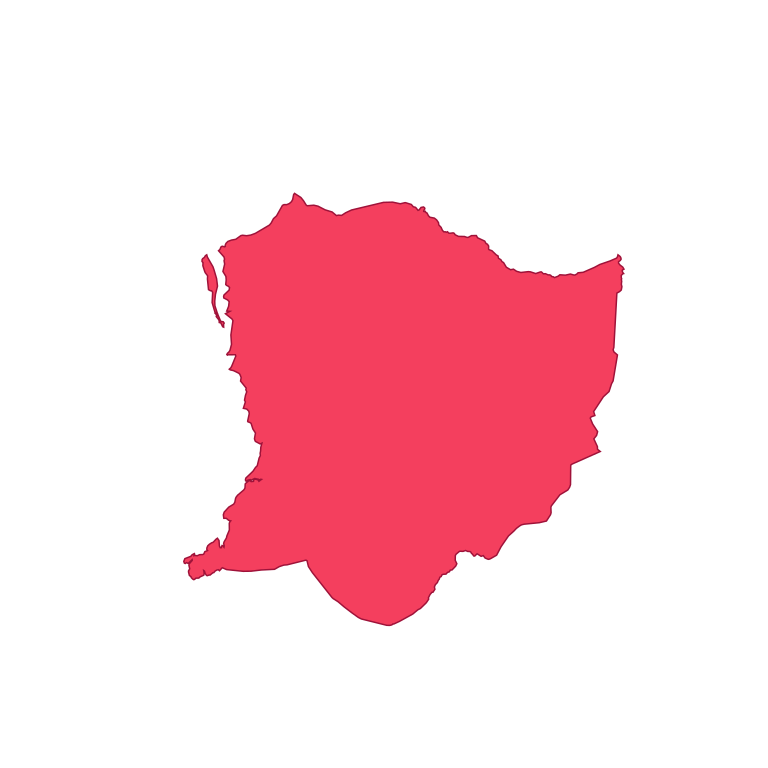 Krakor, Pouthisat, Cambodia, rotated 237°
{"feature_id": "14789045B13270514327943", "entity_name": "Krakor", "entity_type": "district", "adm_level": 2, "iso_a3": "KHM", "parent_name": "Cambodia", "parent_adm1": "Pouthisat", "projection": "orthographic", "projection_center": [104.201, 12.447], "detail": "fine", "context": "isolated", "style": "filled", "palette": "rose", "viewbox_px": 768, "rotation_deg": 237, "n_neighbors": 0, "source": "geoboundaries", "source_scale": "gbopen_adm2", "svg_char_len": 6172}
<svg xmlns="http://www.w3.org/2000/svg" viewBox="0 0 768 768"><g transform="rotate(237 384 384)"><path d="M585.9,317.8L577.7,319.0L575.6,318.3L574.5,317.0L571.4,315.7L566.1,310.2L560.3,310.0L557.2,308.3L553.7,305.5L552.6,305.6L550.7,306.7L549.0,307.0L547.1,305.2L545.8,298.3L544.7,297.1L543.4,296.5L539.7,298.6L537.4,299.0L533.8,296.0L530.8,291.8L528.9,294.3L529.3,289.3L521.3,291.9L519.4,291.8L508.5,282.3L500.3,277.7L496.1,273.1L495.3,271.3L495.0,269.4L494.3,268.2L493.5,268.4L493.5,269.0L489.5,275.3L488.1,274.9L481.9,266.0L481.0,264.3L480.7,262.3L479.6,262.7L477.4,264.9L475.5,266.1L472.1,268.1L470.6,268.4L467.2,267.7L464.6,265.3L455.6,266.2L454.4,265.0L452.2,264.6L450.0,261.7L446.4,258.2L444.5,258.0L440.2,252.8L437.8,255.2L434.8,255.8L432.6,254.9L427.1,249.4L426.4,249.3L424.8,250.5L423.4,251.1L417.6,249.5L412.9,249.5L408.6,245.5L406.4,244.9L405.7,245.0L401.2,247.5L400.9,249.4L398.0,246.2L395.0,244.0L393.4,242.4L391.3,241.3L389.9,238.9L384.5,233.2L384.0,230.8L382.2,226.6L380.4,217.0L379.5,215.9L378.2,215.2L377.6,215.6L377.5,217.6L376.7,219.8L375.7,220.3L375.2,224.1L372.5,226.8L371.6,227.0L371.2,228.8L370.7,229.3L370.5,226.1L372.1,226.2L373.9,224.7L374.6,223.5L374.7,222.7L373.4,221.5L374.5,219.4L376.2,218.8L376.4,217.6L376.1,214.5L375.8,213.2L372.8,211.0L372.1,210.1L371.5,208.6L370.5,200.8L369.8,198.7L369.0,197.3L366.1,194.5L365.1,192.5L365.3,186.8L363.6,180.2L361.8,178.0L358.6,176.5L357.2,178.6L354.2,179.5L352.7,180.9L352.4,179.7L351.5,178.4L345.8,174.8L342.1,169.4L340.7,168.0L338.8,164.1L337.7,162.7L335.2,161.8L334.3,160.9L336.0,160.8L336.8,160.3L336.0,159.0L335.3,158.5L335.9,157.5L337.7,157.7L342.6,160.4L345.4,160.3L345.3,158.5L344.3,154.6L344.7,152.8L344.7,150.4L344.3,148.1L343.0,146.2L341.8,145.3L340.4,145.3L341.0,142.5L339.5,140.1L339.7,139.1L341.3,136.4L341.7,133.8L343.4,131.8L343.5,131.1L344.1,131.4L344.5,132.5L345.1,132.6L345.3,130.1L344.7,128.0L346.0,121.9L344.3,119.5L342.6,119.0L341.7,119.5L341.7,121.2L340.4,121.9L340.3,122.7L341.2,127.4L340.5,127.1L339.2,122.5L338.1,121.6L334.8,120.4L333.8,118.4L332.9,117.7L329.4,116.5L327.6,117.2L326.6,116.9L324.4,117.4L323.5,117.9L323.3,118.8L323.6,120.5L322.1,123.0L322.4,124.7L321.8,128.7L323.3,130.2L325.7,131.2L324.9,131.5L322.3,130.8L320.1,130.9L319.5,131.4L319.0,133.4L318.5,134.0L318.9,137.7L318.5,138.5L319.1,140.5L319.0,142.5L318.5,143.9L317.0,144.3L318.0,148.3L314.1,150.9L303.6,163.9L299.4,170.6L294.9,179.7L288.2,191.3L287.9,196.6L286.7,201.3L285.1,204.3L278.8,222.6L277.7,223.2L272.1,221.2L264.8,221.2L233.3,224.1L231.7,224.5L226.4,226.9L219.0,229.1L209.7,232.4L202.3,235.3L199.3,237.0L180.1,254.9L178.4,257.4L177.7,259.4L177.9,260.9L177.4,261.4L176.5,267.6L175.4,282.9L176.2,289.3L175.9,292.3L177.5,300.3L179.2,304.3L180.5,304.8L182.4,308.0L183.2,310.8L182.7,311.6L184.1,314.9L186.3,315.7L187.7,317.7L188.4,320.6L189.8,322.6L190.3,324.1L191.5,325.5L191.4,327.1L192.4,328.7L192.2,329.9L190.8,332.5L191.4,334.6L190.9,336.6L191.8,338.2L191.0,339.8L192.2,344.9L193.6,347.2L197.3,347.7L201.3,350.4L202.0,351.8L202.5,355.6L202.4,356.6L200.6,359.1L199.9,361.8L198.1,362.9L196.7,364.8L195.6,365.3L194.2,365.1L193.4,365.5L190.9,365.6L190.3,366.4L190.9,369.6L186.6,371.6L186.0,373.8L183.0,374.0L180.5,375.7L179.9,376.4L179.5,378.0L179.1,385.2L183.8,393.6L188.8,405.7L189.9,412.7L190.8,416.4L191.1,420.4L191.0,422.6L190.1,425.2L183.1,438.7L180.6,445.6L183.7,452.5L185.0,454.0L189.7,456.8L190.6,457.9L195.3,471.2L195.0,480.5L196.3,483.4L198.0,485.6L213.8,496.1L214.4,496.8L214.4,498.3L209.6,528.6L213.0,527.5L215.3,528.9L223.7,530.1L225.1,534.3L227.7,537.2L236.8,537.2L243.1,538.4L243.6,539.9L242.7,543.7L246.7,544.8L253.8,561.0L255.1,568.6L260.3,575.0L261.8,577.8L281.2,595.6L285.7,594.3L287.9,594.8L289.5,596.7L333.4,628.8L333.2,631.9L333.6,634.2L336.0,636.5L338.4,637.4L340.7,639.3L342.3,639.9L342.7,640.6L344.1,641.0L345.8,642.1L346.4,644.2L346.1,645.1L347.7,645.0L349.2,645.4L349.7,646.0L349.6,647.8L352.0,647.9L355.1,646.8L357.5,646.5L358.8,647.3L358.9,649.5L359.6,650.9L361.3,651.5L362.7,651.4L364.9,650.6L363.6,649.2L362.9,647.6L364.1,640.5L366.7,630.1L367.2,624.0L369.2,611.9L371.6,607.3L371.2,605.6L371.4,603.5L372.0,602.6L374.7,600.2L376.5,595.4L379.8,591.0L379.6,588.7L380.4,584.9L381.7,584.4L382.9,583.1L384.1,583.1L385.2,582.5L386.2,581.0L388.6,579.5L389.6,577.7L392.2,577.1L392.8,576.2L394.0,571.4L398.3,567.9L399.6,566.3L403.0,559.5L406.3,556.6L409.8,555.1L410.9,552.4L415.3,550.2L420.7,550.4L422.4,549.6L424.6,549.7L427.1,548.5L429.3,549.4L431.0,548.5L437.0,547.1L439.4,545.3L440.2,545.2L442.7,546.9L444.9,546.9L446.2,546.1L449.0,546.3L455.7,542.1L458.2,542.3L460.8,538.2L461.1,534.5L461.7,533.5L463.9,531.8L467.3,526.8L470.5,524.9L472.0,525.0L473.1,524.3L474.5,521.4L475.4,520.4L477.1,520.2L477.3,518.9L478.0,518.6L479.1,517.0L481.2,516.7L484.3,517.2L487.6,516.6L489.7,517.6L493.0,517.5L495.7,516.6L498.9,513.3L500.9,512.9L504.0,513.2L504.9,512.6L506.4,512.6L506.5,511.9L507.1,511.3L507.9,512.0L508.7,513.7L509.8,514.0L511.0,513.5L511.9,511.2L510.9,508.3L511.1,507.1L514.3,506.8L515.2,506.5L516.7,505.1L519.7,504.7L523.9,501.2L524.6,500.5L526.3,495.8L531.8,490.3L536.6,482.5L547.6,451.6L548.5,445.1L548.5,440.3L550.4,437.8L551.2,435.8L556.5,434.2L562.1,429.5L569.1,425.5L572.2,422.5L575.3,416.7L576.4,416.2L581.6,416.3L585.6,415.9L592.6,412.8L592.1,411.4L588.5,407.9L587.3,405.7L586.9,402.9L587.4,400.1L588.9,397.8L589.1,396.1L583.5,385.4L582.9,381.4L580.5,377.1L579.7,374.5L580.4,358.2L581.5,353.3L583.2,349.5L585.8,346.4L586.4,344.8L586.1,338.5L587.8,334.4L588.6,330.7L588.0,328.1L586.8,326.3L585.8,325.9L585.8,325.1L587.7,323.3L587.7,321.8L586.2,319.7L585.9,317.8ZM585.9,298.1L584.4,298.3L581.8,296.5L576.3,295.0L574.8,294.7L570.8,295.0L568.2,293.1L558.7,288.2L556.8,289.2L556.0,290.2L554.2,290.2L545.9,284.2L536.9,281.5L536.3,281.4L534.7,282.2L535.2,280.9L531.8,281.4L532.3,280.4L531.9,280.0L528.2,280.4L526.8,280.2L525.3,279.3L524.1,280.4L519.9,279.9L519.0,280.5L521.4,281.9L522.1,283.1L523.7,283.1L525.4,281.3L526.2,281.3L533.9,282.7L541.7,284.8L545.7,287.2L551.0,291.5L556.8,297.7L563.6,301.0L571.9,303.5L575.4,304.4L586.6,305.0L588.9,305.7L588.9,304.1L588.0,302.3L587.9,300.2L587.4,299.2L585.9,298.1Z" fill="#f43f5e" stroke="#9f1239" stroke-width="1.5"/></g></svg>